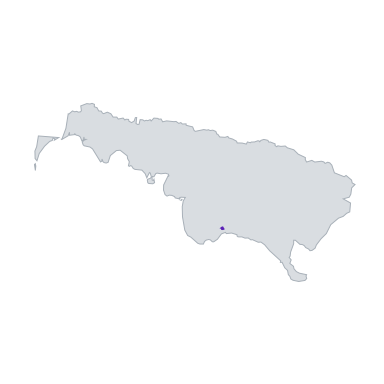 General Rodríguez, Buenos Aires, Argentina (highlighted), rotated 97°
{"feature_id": "61730980B11219984208084", "entity_name": "General Rodríguez", "entity_type": "district", "adm_level": 2, "iso_a3": "ARG", "parent_name": "Argentina", "parent_adm1": "Buenos Aires", "projection": "natural_earth1", "projection_center": [-58.934, -34.64], "detail": "fine", "context": "in_parent", "style": "filled", "palette": "violet", "viewbox_px": 384, "rotation_deg": 97, "n_neighbors": 0, "source": "geoboundaries", "source_scale": "gbopen_adm2", "svg_char_len": 4213}
<svg xmlns="http://www.w3.org/2000/svg" viewBox="0 0 384 384"><g transform="rotate(97 192 192)"><path d="M235.5,113.5L233.3,117.5L233.8,120.1L231.9,126.4L232.4,127.6L230.8,130.6L231.3,133.8L230.5,136.9L230.9,140.8L230.2,141.9L228.9,142.2L227.9,147.7L229.1,152.9L228.0,153.9L230.0,157.7L235.8,161.0L238.8,164.4L238.9,165.8L237.3,167.9L237.1,169.6L238.0,172.0L239.5,173.5L242.3,174.4L242.7,177.8L242.2,180.0L236.9,187.7L235.7,191.0L230.7,194.5L217.8,198.4L207.7,199.9L202.0,199.6L198.2,198.0L198.5,202.4L200.4,203.6L199.4,203.7L200.3,204.5L199.9,208.0L198.7,208.7L197.8,211.7L197.9,214.2L199.1,216.3L197.9,218.4L193.6,220.5L188.5,221.0L178.9,217.7L179.2,217.1L178.7,216.9L177.2,217.6L176.6,220.5L177.7,225.0L177.5,228.9L178.1,230.2L181.6,231.7L181.4,233.2L182.5,233.4L185.0,233.0L185.3,231.8L184.0,231.3L187.3,230.3L188.6,231.9L188.8,236.0L188.2,237.0L185.6,237.8L184.8,237.6L183.3,234.8L182.0,234.2L178.3,235.7L177.9,236.6L183.4,238.6L179.5,240.7L176.4,244.4L176.5,251.3L175.8,253.2L173.6,255.0L173.3,256.3L174.1,257.0L173.8,258.3L169.6,257.9L166.7,260.0L164.0,260.7L159.3,268.4L160.1,272.1L165.8,277.5L172.8,278.9L173.7,280.7L173.5,282.9L172.7,284.1L170.2,285.3L172.4,285.3L173.3,286.4L161.3,296.0L159.8,298.8L159.3,304.6L158.4,305.8L155.9,307.0L154.1,305.8L152.7,303.6L152.8,305.4L150.5,306.0L153.3,306.1L154.7,307.5L151.0,309.6L149.9,311.5L149.6,314.1L148.2,315.7L149.3,315.3L150.6,320.5L147.6,320.9L151.3,321.8L155.8,327.7L155.5,328.1L155.3,327.5L144.2,324.9L129.5,324.4L129.6,323.7L126.1,320.5L126.7,318.2L126.0,316.3L126.6,314.6L126.0,312.4L124.7,311.7L120.1,312.9L117.1,307.2L117.1,304.0L116.2,302.0L116.9,299.5L119.3,299.4L119.9,296.6L122.9,294.5L122.8,291.9L124.6,290.5L125.0,289.2L123.1,285.8L124.2,282.1L127.3,279.4L126.8,275.8L128.6,274.1L127.0,269.4L128.7,267.4L127.8,266.3L127.7,263.8L129.4,263.2L130.5,260.4L128.5,258.0L125.1,257.3L124.8,256.0L130.9,255.9L131.6,254.0L131.2,252.8L126.5,252.3L126.4,249.6L127.3,247.9L126.4,246.2L126.6,244.6L125.3,242.3L126.5,241.2L123.3,238.8L123.1,234.8L123.8,233.8L123.3,231.6L125.9,229.7L124.5,225.8L124.4,218.4L123.9,216.5L125.5,213.5L124.5,211.5L125.7,209.9L125.1,206.2L126.5,205.9L127.3,199.3L130.7,197.4L131.4,196.1L128.6,187.9L128.8,184.8L128.2,183.3L128.8,181.5L128.1,178.9L129.0,175.7L131.4,174.5L131.6,173.4L134.0,171.2L133.7,165.9L132.5,163.2L133.8,162.2L134.5,158.2L136.2,153.9L137.8,153.2L137.3,148.3L137.8,143.9L135.6,143.1L136.0,140.0L135.2,139.3L134.7,136.0L133.2,133.1L133.1,131.7L133.9,130.9L132.3,129.8L131.1,127.1L131.3,124.6L131.5,123.0L133.2,121.7L132.8,120.5L134.1,115.4L135.8,115.2L136.7,113.4L135.7,112.4L135.9,109.4L135.0,105.0L136.5,102.8L137.7,96.1L141.5,91.2L144.0,83.7L146.1,83.5L148.3,81.9L146.0,76.9L147.3,73.8L145.7,67.3L146.1,64.8L147.4,63.4L145.9,60.9L146.3,58.8L148.3,56.5L155.6,53.0L158.3,42.8L156.8,41.1L160.7,35.1L163.5,34.1L164.7,31.1L168.4,34.0L174.8,34.1L178.0,35.3L180.4,41.1L183.6,33.3L192.5,33.0L194.3,35.9L197.8,39.0L200.1,43.4L207.5,50.3L216.9,53.6L222.7,58.2L229.4,62.1L232.8,63.0L235.3,65.7L235.9,67.7L234.4,69.3L233.3,72.4L231.5,74.1L230.7,76.1L230.8,78.5L227.3,83.5L227.5,85.2L231.0,84.8L239.6,86.8L243.7,86.8L245.1,87.6L247.3,85.3L251.0,86.2L253.4,82.2L255.7,81.5L258.3,78.7L259.5,75.4L260.1,68.2L261.5,68.6L263.9,67.6L266.0,69.1L267.8,75.2L267.3,81.0L266.3,83.3L263.7,84.6L262.3,86.3L258.2,87.6L255.9,90.7L250.8,94.0L251.1,95.7L249.5,95.6L240.9,107.7L235.5,113.5ZM155.1,351.3L154.2,330.9L157.3,334.9L155.9,334.6L155.5,336.5L157.9,337.0L159.1,339.4L164.5,343.9L172.3,348.3L179.9,349.7L177.9,351.8L170.5,352.9L166.0,351.7L155.1,351.3ZM183.0,351.0L185.3,350.2L189.7,350.1L183.9,351.7L183.0,351.0ZM201.5,201.3L201.5,202.2L200.1,200.8L201.5,201.3Z" fill="#d9dde1" stroke="#a8b0b8" stroke-width="1"/><path d="M225.2,156.6L225.0,156.3L224.8,156.0L224.6,156.2L224.6,156.3L224.4,156.5L224.2,156.7L224.1,156.8L224.0,156.7L223.7,156.9L223.8,157.0L223.5,157.2L223.4,157.3L223.2,157.4L223.2,157.5L223.5,158.0L223.8,158.2L223.8,158.3L224.0,158.5L224.0,158.4L224.2,158.5L224.3,158.5L224.3,158.4L224.5,158.3L224.5,158.2L224.7,157.9L224.8,157.9L225.0,157.8L225.3,157.8L225.3,157.7L225.2,157.6L225.2,157.4L225.2,157.2L225.3,157.0L225.3,156.9L225.2,156.7L225.2,156.6Z" fill="#8b5cf6" stroke="#5b21b6" stroke-width="1.5"/></g></svg>